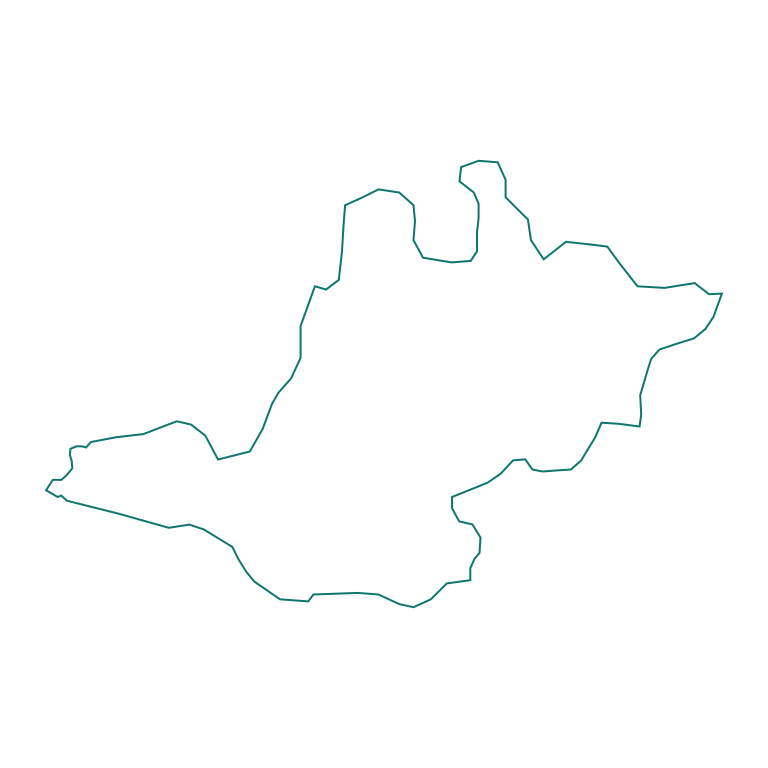 Yeongam-gun, South Jeolla, South Korea
{"feature_id": "91817680B36456413113015", "entity_name": "Yeongam-gun", "entity_type": "district", "adm_level": 2, "iso_a3": "KOR", "parent_name": "South Korea", "parent_adm1": "South Jeolla", "projection": "mercator", "projection_center": [126.62, 34.807], "detail": "fine", "context": "isolated", "style": "outline", "palette": "teal", "viewbox_px": 768, "rotation_deg": 0, "n_neighbors": 0, "source": "geoboundaries", "source_scale": "gbopen_adm2", "svg_char_len": 1526}
<svg xmlns="http://www.w3.org/2000/svg" viewBox="0 0 768 768"><path d="M694.7,283.1L664.5,287.9L637.5,286.3L620.0,264.0L607.3,246.6L594.6,245.0L566.0,241.8L543.7,259.3L531.0,240.2L527.9,219.5L505.6,197.3L505.6,179.8L497.7,162.3L478.6,160.8L461.1,167.1L459.5,181.4L473.8,192.5L478.6,203.7L478.6,218.0L477.0,232.3L477.0,251.3L470.7,260.9L451.6,262.4L423.0,257.7L413.5,240.2L415.0,221.1L413.5,205.2L399.2,192.5L378.5,189.4L362.6,197.3L345.1,205.2L343.5,225.9L342.0,251.3L338.8,279.9L326.1,289.5L314.9,286.3L300.6,326.0L300.6,357.8L291.1,378.4L278.4,392.7L272.0,403.9L262.5,429.3L249.8,451.5L218.0,459.5L205.3,435.6L191.0,424.5L176.7,421.3L143.3,434.1L116.3,437.2L90.9,442.0L86.0,447.5L82.1,446.3L76.6,446.3L70.5,448.8L70.3,450.2L69.9,454.9L71.7,461.0L72.3,468.3L66.8,475.0L61.3,479.9L52.8,479.9L49.3,485.3L46.1,490.3L57.7,497.0L61.2,495.6L67.1,500.8L117.9,513.5L168.8,527.8L189.4,524.6L203.7,529.4L232.3,546.9L238.7,559.6L246.6,572.3L254.6,581.8L280.0,599.3L308.2,601.4L313.4,594.5L357.8,592.9L378.5,594.5L399.2,604.1L413.5,607.2L430.9,599.3L446.8,583.4L470.3,580.2L470.3,568.2L474.4,559.0L479.5,552.9L480.5,537.6L472.4,524.4L459.2,521.4L452.0,508.2L452.0,497.0L462.2,492.9L487.6,482.7L500.8,473.6L513.0,460.4L525.2,459.3L532.4,469.5L542.5,471.5L555.8,470.5L571.0,469.5L581.2,460.4L595.4,437.0L601.5,422.7L618.8,423.8L639.6,426.5L641.2,414.6L640.2,395.3L648.3,367.8L651.3,358.7L659.5,349.5L677.8,343.4L694.1,338.3L705.2,329.2L713.4,317.0L721.9,293.6L709.0,294.2L694.7,283.1Z" fill="none" stroke="#0f766e" stroke-width="2"/></svg>